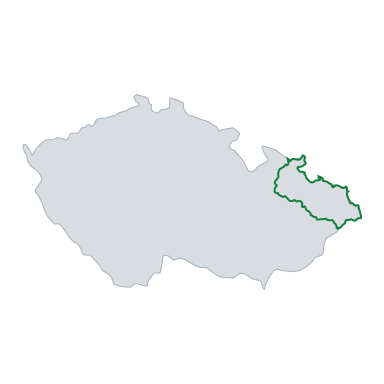 where Moravskoslezský sits in Czechia
{"feature_id": "CZE-1612", "entity_name": "Moravskoslezský", "entity_type": "Region", "adm_level": 1, "iso_a3": "CZE", "parent_name": "Czechia", "parent_adm1": "", "projection": "orthographic", "projection_center": [17.887, 49.846], "detail": "fine", "context": "in_parent", "style": "outline", "palette": "green", "viewbox_px": 384, "rotation_deg": 0, "n_neighbors": 0, "source": "natural_earth", "source_scale": "10m", "svg_char_len": 6093}
<svg xmlns="http://www.w3.org/2000/svg" viewBox="0 0 384 384"><path d="M360.7,218.0L359.4,218.2L356.5,219.4L352.8,219.9L348.7,219.7L345.6,221.8L342.7,225.2L339.6,227.6L338.0,229.7L337.0,231.9L326.7,238.1L325.2,240.7L324.1,244.2L323.6,248.9L322.9,253.2L321.1,255.4L315.4,257.4L314.0,258.4L313.0,260.6L309.8,263.9L306.0,267.1L299.2,270.7L291.8,271.7L282.3,270.5L276.7,269.0L273.9,270.6L270.2,275.2L266.0,283.3L264.3,289.4L263.0,287.7L260.8,281.2L258.2,280.3L254.7,279.6L252.0,278.6L246.3,274.8L243.4,273.6L240.0,273.3L236.7,275.4L234.2,277.9L226.6,277.7L218.2,276.3L206.5,267.5L203.4,267.3L200.1,267.6L194.9,265.4L185.0,259.5L180.3,258.1L177.3,258.8L174.5,259.9L172.6,260.0L171.5,258.1L167.9,255.7L164.1,255.3L163.0,256.7L161.2,268.8L159.8,273.2L154.6,272.8L152.6,274.8L148.3,280.5L147.3,286.2L140.2,284.7L136.9,283.6L133.9,284.2L130.5,287.2L121.3,286.6L114.1,284.3L111.4,277.1L108.2,274.2L104.1,271.5L102.7,270.8L100.6,266.9L96.5,261.9L89.8,255.0L84.3,255.0L82.4,253.2L81.6,250.7L79.6,246.5L77.2,243.4L74.1,242.1L69.9,238.2L64.5,229.9L59.4,224.0L54.1,223.8L51.0,220.7L47.9,216.7L45.6,212.8L42.4,203.7L39.9,198.4L38.0,195.1L35.7,192.3L35.0,190.2L38.3,185.7L39.6,183.4L41.0,181.7L41.9,179.9L42.0,178.5L39.6,173.6L36.1,170.0L31.0,166.2L27.9,161.6L26.9,157.5L26.7,155.3L24.6,152.2L23.0,147.8L23.2,145.2L23.8,144.5L25.5,144.6L27.4,146.6L29.9,150.2L31.9,155.3L33.4,153.5L36.5,148.4L41.6,142.8L46.6,139.7L50.9,139.8L54.5,139.1L57.6,137.6L62.6,138.6L66.3,140.1L67.5,139.4L69.2,136.4L70.3,133.7L78.6,132.7L81.8,127.7L83.3,127.8L85.2,127.2L87.0,125.3L88.8,124.6L90.0,125.6L91.7,126.4L93.6,125.3L96.6,119.5L98.2,118.7L105.4,118.1L115.3,115.2L120.4,112.3L125.3,110.9L130.7,108.1L139.1,105.6L139.5,104.4L135.8,101.2L134.6,99.2L133.9,97.3L135.3,95.2L137.2,94.6L139.4,95.6L146.3,97.2L148.1,98.5L148.7,101.6L150.3,104.5L151.7,104.9L151.0,109.5L153.1,111.4L156.2,112.9L158.4,112.7L160.0,110.9L160.6,109.6L164.9,109.6L169.3,107.8L169.8,104.7L169.7,98.7L170.2,97.9L176.7,99.8L183.1,102.7L183.8,108.6L185.4,111.6L187.4,114.3L189.4,115.6L192.8,115.9L201.6,119.7L205.8,120.6L210.2,123.1L213.8,125.7L216.5,126.3L217.7,129.1L219.3,131.0L222.3,129.6L233.0,127.8L236.8,130.6L239.4,133.5L239.7,134.4L238.3,136.9L237.6,138.8L236.5,140.1L232.7,141.3L230.6,143.5L229.0,145.9L230.0,148.2L233.0,150.1L235.1,150.5L235.9,152.2L242.6,159.9L247.9,169.9L250.0,171.5L252.0,171.9L254.3,170.5L257.1,167.3L260.3,165.0L263.0,163.9L267.7,161.2L267.9,159.4L264.1,152.7L261.9,147.2L262.4,146.2L267.5,147.2L276.0,150.2L289.0,160.0L291.4,160.0L296.0,159.3L301.0,157.7L303.4,156.0L304.3,156.6L305.1,161.9L303.8,164.9L297.7,167.7L298.1,169.1L299.6,170.9L302.3,172.1L305.6,175.6L307.9,179.5L309.9,181.3L312.0,182.2L317.5,180.1L319.1,178.4L319.8,177.2L320.8,177.5L322.8,179.4L323.3,180.6L328.7,182.7L331.8,185.4L333.7,186.7L335.9,185.4L344.4,187.5L346.7,189.3L347.5,192.3L347.1,194.1L348.5,198.8L359.3,210.0L360.5,215.7L360.7,218.0Z" fill="#d9dde1" stroke="#a8b0b8" stroke-width="1"/><path d="M302.9,155.3L303.7,155.7L304.0,155.9L304.9,157.2L305.0,157.3L305.1,157.6L305.0,157.8L304.9,158.0L304.4,159.5L304.3,160.2L304.4,161.0L304.9,161.5L305.7,163.0L305.2,164.2L304.2,165.0L302.0,166.3L300.7,166.8L298.3,166.9L297.7,167.2L297.4,168.0L297.5,168.6L299.9,171.7L300.7,172.0L301.2,171.9L301.6,171.7L302.1,171.6L302.8,171.7L304.2,172.4L304.9,172.6L304.9,172.8L304.4,173.2L304.2,173.7L304.4,174.1L304.9,174.6L305.4,175.3L305.8,176.1L306.0,177.1L306.4,178.0L307.0,178.8L310.3,182.1L312.1,182.5L313.9,181.9L315.4,180.6L316.3,180.3L318.3,180.3L320.0,179.8L320.2,179.4L320.1,178.7L319.8,178.1L319.4,178.1L319.0,178.2L318.7,178.1L318.5,176.3L319.3,176.6L320.0,176.7L323.0,178.7L322.6,180.1L323.3,180.9L326.5,181.5L327.3,181.9L328.9,183.2L329.5,183.5L330.6,183.8L331.2,184.2L331.5,184.6L331.8,185.8L332.1,186.4L333.1,187.2L333.8,187.0L335.2,185.8L335.2,185.7L334.9,185.5L336.9,185.3L338.9,185.9L342.7,188.0L343.8,188.0L345.8,186.7L346.6,187.1L346.9,188.5L346.8,189.8L347.0,190.7L348.3,191.4L347.0,193.0L347.0,195.1L347.9,197.5L349.1,200.0L349.7,202.2L350.0,202.8L350.7,203.3L352.2,203.4L352.9,203.6L353.6,204.2L354.6,205.3L355.3,205.7L356.0,205.6L356.8,205.3L357.6,205.1L358.3,205.7L358.6,206.3L358.9,209.0L359.2,209.7L359.8,211.1L360.0,211.8L360.8,215.1L361.0,216.7L360.8,218.1L358.7,218.1L357.7,218.5L355.7,220.5L354.2,220.6L352.8,220.1L351.1,219.3L350.7,219.2L350.4,219.3L348.9,220.1L346.7,219.8L345.7,220.5L345.4,221.1L345.3,222.6L345.0,223.2L344.6,223.7L342.9,224.6L340.8,227.3L339.7,228.0L338.2,227.7L338.1,228.7L337.6,228.6L337.3,228.5L337.0,228.3L336.8,228.0L336.6,227.5L336.2,225.3L336.0,224.8L335.8,224.3L335.5,224.0L334.6,223.4L334.2,223.0L333.2,220.8L332.9,220.5L332.0,220.2L328.2,220.2L327.8,220.1L326.3,219.0L325.8,218.8L317.9,219.6L317.5,219.6L317.1,219.4L316.8,219.1L316.6,218.7L316.4,217.7L316.3,217.4L316.1,217.2L315.9,217.1L313.6,217.0L312.9,216.1L312.2,215.6L310.8,215.3L310.7,214.3L310.5,213.4L310.3,213.0L309.7,212.3L308.4,211.1L306.8,210.4L306.4,210.0L304.9,206.7L304.6,206.4L304.3,206.4L304.0,206.5L303.1,207.1L302.8,207.1L302.4,207.0L302.1,206.7L302.0,206.3L302.0,205.8L302.2,203.2L302.2,202.9L301.9,202.5L300.8,201.5L299.3,200.8L297.5,201.4L296.2,201.3L294.3,200.0L294.0,200.0L293.8,200.1L292.6,201.0L290.0,200.9L289.3,200.5L285.4,196.3L285.1,196.1L284.7,196.2L283.3,197.0L282.9,196.9L278.6,194.7L278.4,194.5L278.3,194.2L278.2,193.4L278.1,193.2L277.8,193.1L275.7,192.8L275.0,192.5L274.8,192.2L274.7,191.9L274.6,191.6L274.9,188.7L275.0,188.3L275.1,187.9L276.6,186.0L276.7,185.7L276.6,185.3L275.2,183.9L275.0,183.5L274.9,183.1L274.8,182.6L274.9,182.2L275.0,181.8L275.2,181.4L278.3,177.2L278.4,176.9L278.5,176.5L278.5,176.1L277.9,173.8L278.0,173.5L278.1,173.2L278.6,172.4L278.7,171.9L278.9,170.7L279.0,170.2L279.3,169.7L279.9,169.0L284.0,166.7L285.2,165.0L285.5,164.8L285.7,164.7L286.0,164.7L286.7,165.2L287.1,165.2L287.4,165.0L287.8,164.8L288.0,164.4L288.3,164.0L288.4,163.6L288.5,163.2L287.7,158.6L288.8,159.5L289.2,160.9L289.5,161.1L289.8,161.2L290.0,161.1L290.3,160.9L291.8,159.2L294.1,159.0L298.6,159.8L299.8,159.5L300.6,158.8L302.1,156.7L302.4,156.1L302.5,155.5L302.9,155.3Z" fill="none" stroke="#15803d" stroke-width="2"/></svg>